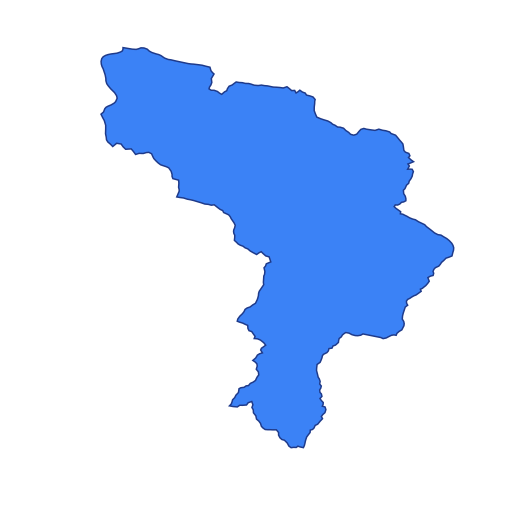 Botucatu, São Paulo, Brazil, rotated 282°
{"feature_id": "56859067B91204286934079", "entity_name": "Botucatu", "entity_type": "district", "adm_level": 2, "iso_a3": "BRA", "parent_name": "Brazil", "parent_adm1": "São Paulo", "projection": "equal_earth", "projection_center": [-48.5, -22.839], "detail": "fine", "context": "isolated", "style": "filled", "palette": "blue", "viewbox_px": 512, "rotation_deg": 282, "n_neighbors": 0, "source": "geoboundaries", "source_scale": "gbopen_adm2", "svg_char_len": 6090}
<svg xmlns="http://www.w3.org/2000/svg" viewBox="0 0 512 512"><g transform="rotate(282 256 256)"><path d="M432.2,82.6L430.5,82.9L428.8,82.6L427.4,81.1L425.5,77.9L423.4,72.0L422.2,69.3L420.9,67.1L419.1,65.1L417.0,64.1L414.2,64.0L411.5,64.8L409.3,66.0L407.3,67.6L401.8,70.8L398.5,72.2L396.1,72.8L393.5,74.2L391.8,76.0L390.6,77.5L389.2,79.3L388.0,81.2L386.4,83.7L383.8,86.3L381.5,87.4L377.8,86.6L376.2,85.6L373.7,82.9L371.7,80.0L370.3,78.4L368.7,77.5L365.1,76.9L362.5,74.9L359.3,77.4L357.0,79.4L352.6,81.8L349.3,82.5L344.3,83.4L341.1,84.8L338.6,85.6L336.7,87.4L335.1,90.4L333.3,93.1L337.3,96.3L337.5,100.8L335.2,103.3L333.3,106.3L334.0,108.7L334.8,111.7L332.8,114.3L330.3,117.1L332.1,120.3L332.8,124.3L334.4,127.3L335.1,129.6L334.3,132.6L331.4,134.7L330.0,135.9L328.3,138.3L326.7,140.9L325.4,143.7L325.1,146.1L324.7,149.7L324.1,152.3L321.2,155.4L318.2,157.0L316.5,157.3L314.4,158.6L314.1,164.5L311.3,165.4L307.1,166.0L305.3,166.9L303.5,167.4L297.3,166.2L297.4,169.4L297.7,173.0L297.3,177.0L297.4,180.7L297.3,183.7L297.0,187.1L296.7,191.0L296.2,195.2L296.6,198.6L296.4,201.7L297.4,204.5L295.5,208.3L294.1,211.3L293.5,214.0L291.8,215.3L291.3,217.6L290.6,220.7L289.1,222.6L287.4,223.9L285.9,225.5L283.9,227.6L281.7,229.3L278.9,229.2L276.8,228.8L275.1,229.0L273.4,229.7L271.9,230.9L269.8,231.3L266.8,231.6L265.3,234.2L264.1,235.9L263.3,238.3L262.9,241.2L261.7,243.7L261.3,246.4L259.7,249.3L258.7,252.4L257.6,256.3L259.7,258.2L261.3,260.2L260.0,262.2L258.1,265.5L257.9,269.0L253.3,271.7L250.5,267.7L248.1,267.4L246.1,266.3L242.7,267.9L239.8,268.2L238.1,267.8L231.8,268.7L229.5,269.5L222.1,266.5L220.1,266.3L217.7,266.6L215.4,266.5L213.6,266.3L209.6,265.3L207.5,263.0L205.0,260.9L203.3,258.1L201.5,256.4L199.2,255.9L196.7,254.7L193.8,252.7L190.6,251.3L188.3,251.2L187.9,253.6L187.6,257.0L187.0,259.3L186.4,262.3L183.4,263.2L181.5,264.7L181.2,267.5L179.5,269.3L177.2,271.8L174.9,271.4L175.3,274.6L174.7,277.8L172.8,281.6L170.8,284.0L168.8,282.3L166.9,280.5L165.0,280.1L162.6,282.4L161.1,279.8L159.4,278.0L156.2,276.9L153.2,274.6L152.1,277.3L150.7,279.3L148.6,280.1L145.3,279.8L143.2,282.4L140.2,283.4L138.2,282.4L136.1,281.8L134.2,281.4L132.1,279.5L130.2,276.9L127.7,275.6L126.9,273.3L125.1,271.7L124.0,268.6L122.7,267.0L118.8,267.2L115.7,265.3L113.0,264.6L110.5,263.0L108.4,262.9L106.2,262.6L103.9,261.2L104.0,265.0L104.5,269.1L106.6,271.1L107.2,274.0L108.3,277.7L110.9,278.9L112.8,282.1L109.8,283.9L107.0,283.5L105.0,285.3L102.1,286.1L99.6,289.1L96.6,290.4L95.1,293.1L93.2,295.2L90.5,296.7L89.2,298.6L88.2,301.0L88.5,303.4L89.0,305.8L89.4,308.3L90.2,312.1L88.0,314.8L85.5,315.3L83.2,317.2L81.9,319.4L81.7,322.1L79.6,325.4L76.9,327.7L75.8,330.2L76.7,332.7L77.1,335.2L78.7,336.5L78.4,338.9L78.4,342.2L80.5,342.7L82.6,342.8L85.7,342.8L89.5,343.2L91.9,344.3L94.6,345.6L97.0,345.3L98.1,347.4L99.8,348.5L102.6,349.1L104.3,351.3L107.6,353.0L110.7,354.9L112.6,353.3L114.8,354.3L117.1,356.0L120.3,356.3L122.7,354.9L122.9,352.1L124.9,352.5L126.7,352.2L128.2,350.0L129.9,348.2L132.4,349.7L134.7,348.6L135.9,346.9L138.3,346.1L140.0,346.8L142.4,346.9L144.0,344.9L146.7,344.8L149.0,343.4L150.4,342.0L153.2,340.7L156.6,339.0L159.1,338.6L162.6,338.3L165.3,340.8L168.1,341.4L170.3,341.7L172.2,341.7L173.8,342.4L176.2,345.4L178.2,346.5L180.6,346.6L181.7,349.5L184.0,350.0L185.4,352.3L188.6,354.6L190.3,354.4L192.6,354.5L194.7,356.3L196.7,356.9L198.3,358.2L199.8,359.7L199.9,363.0L199.0,366.2L198.8,369.6L199.2,372.1L200.3,374.9L202.0,376.8L202.2,395.0L201.6,397.5L202.9,400.4L204.9,402.8L206.6,405.0L207.5,407.3L207.6,409.6L209.6,409.9L212.0,411.7L214.1,414.0L216.8,414.7L218.5,415.2L220.7,415.0L222.7,414.1L224.7,412.2L227.9,411.8L230.7,411.9L237.1,412.6L239.4,414.6L241.1,413.1L243.3,412.5L245.2,413.5L246.6,415.3L248.0,416.6L249.9,418.7L251.1,420.6L253.7,423.0L255.8,424.9L257.7,423.7L258.9,425.4L260.9,427.0L262.3,428.2L264.8,429.6L267.3,430.7L270.6,428.6L272.5,430.7L273.8,433.3L276.1,433.4L277.6,432.4L279.8,432.7L281.9,433.9L284.1,436.9L286.2,438.0L288.3,438.8L290.7,440.6L293.4,442.3L294.9,444.9L296.8,447.7L300.4,447.8L302.7,448.0L305.1,447.7L307.3,446.5L309.1,444.9L311.2,441.9L312.7,439.0L313.9,435.3L314.9,432.6L314.7,429.5L315.7,425.8L317.2,422.9L318.8,419.6L320.2,416.6L321.7,414.5L322.5,411.2L323.3,407.8L324.6,404.4L324.7,401.5L325.3,398.2L326.3,395.2L326.8,393.0L327.4,390.9L327.3,388.4L329.4,388.3L330.6,385.6L331.7,383.0L333.0,380.9L334.9,381.6L335.3,383.9L336.7,385.8L338.8,387.2L339.6,389.2L341.2,391.1L343.2,390.7L345.5,389.6L347.7,387.5L351.0,386.5L352.8,387.7L354.6,388.1L356.6,388.5L358.8,390.2L361.1,390.3L363.8,391.5L366.6,392.2L368.7,392.1L371.3,392.4L373.3,390.7L373.0,388.5L372.4,386.3L375.9,387.3L377.6,385.5L379.3,388.1L381.0,390.5L382.1,388.0L384.0,384.7L386.0,385.7L388.1,384.2L388.6,380.6L390.0,378.7L393.4,377.5L396.1,376.4L397.6,374.6L399.2,372.4L401.1,370.1L403.2,367.4L403.9,362.6L405.1,361.0L405.5,356.9L405.3,353.5L405.6,349.8L403.6,346.3L403.3,342.5L403.0,337.6L403.2,335.0L401.7,332.3L399.4,330.9L396.1,329.2L394.5,326.5L394.7,323.2L396.2,320.9L397.4,317.8L399.2,315.1L399.5,311.5L399.1,309.0L400.3,306.2L400.8,303.6L402.0,301.5L403.0,298.1L403.3,294.3L403.7,290.7L404.5,286.6L407.3,284.6L410.3,282.7L413.8,282.0L417.2,281.7L419.5,281.3L421.4,281.3L423.4,278.7L423.8,275.5L423.9,271.9L425.6,270.3L426.0,267.3L427.3,264.4L425.1,262.7L423.8,261.3L426.0,259.4L425.2,256.5L426.8,253.6L428.0,251.1L426.0,247.7L425.8,244.5L425.4,241.3L424.8,237.7L424.8,235.1L424.8,232.1L424.4,228.8L424.3,225.8L423.2,222.7L422.7,218.7L423.1,215.4L423.2,213.0L422.6,209.7L422.7,206.5L422.2,203.4L422.1,200.4L420.3,198.8L418.3,197.1L416.5,194.4L413.8,193.3L411.6,193.0L410.0,191.1L407.0,188.8L407.7,186.5L408.9,184.1L409.4,180.5L408.8,177.7L409.7,175.3L411.6,175.4L413.8,176.3L416.6,176.7L420.3,175.4L425.3,177.1L426.3,175.4L427.9,173.4L431.1,171.7L431.2,167.6L431.4,163.7L431.1,159.7L430.7,155.2L430.3,152.3L430.1,149.7L430.1,146.6L430.1,141.4L430.1,136.6L430.2,132.0L430.0,129.2L430.6,125.4L432.3,121.3L432.8,118.9L432.9,116.4L433.4,111.8L434.2,109.1L435.7,106.6L436.2,103.3L435.7,100.2L434.2,97.9L433.2,95.9L432.6,92.0L432.2,82.6Z" fill="#3b82f6" stroke="#1e3a8a" stroke-width="1.5"/></g></svg>